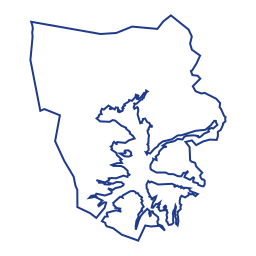 Alta nor, Finnmark, Norway (Mercator projection), rotated 180°
{"feature_id": "86288312B22085656530390", "entity_name": "Alta nor", "entity_type": "district", "adm_level": 2, "iso_a3": "NOR", "parent_name": "Norway", "parent_adm1": "Finnmark", "projection": "mercator", "projection_center": [23.025, 70.046], "detail": "fine", "context": "isolated", "style": "outline", "palette": "blue", "viewbox_px": 256, "rotation_deg": 180, "n_neighbors": 0, "source": "geoboundaries", "source_scale": "gbopen_adm2", "svg_char_len": 5691}
<svg xmlns="http://www.w3.org/2000/svg" viewBox="0 0 256 256"><g transform="rotate(180 128 128)"><path d="M35.2,126.2L32.8,131.7L33.0,132.6L30.6,134.6L30.8,137.5L30.4,138.8L31.9,140.1L35.0,147.1L36.4,148.7L35.9,152.9L39.7,157.2L51.3,163.1L54.7,162.5L60.3,164.7L63.2,169.7L55.7,177.4L58.4,180.3L63.6,180.9L65.1,185.0L63.8,185.6L59.5,192.5L55.9,200.4L64.1,206.3L65.9,212.3L64.2,219.5L67.4,226.4L85.1,240.6L92.7,234.6L98.6,227.1L123.9,229.4L139.8,223.0L155.5,222.0L224.8,234.2L223.6,230.4L223.2,227.2L223.8,223.7L223.4,219.3L225.6,196.0L215.7,145.2L211.6,146.9L196.1,140.7L200.9,114.8L191.7,95.0L182.4,79.4L180.5,70.2L178.7,66.1L178.6,48.9L166.0,42.9L159.7,38.1L151.4,48.1L149.8,53.4L151.8,53.7L157.1,49.8L157.8,50.9L153.6,55.5L159.9,58.6L159.3,59.0L159.6,59.4L166.7,58.1L164.7,60.2L160.5,60.8L159.7,62.3L151.1,60.5L144.9,62.6L144.3,63.3L144.3,64.8L148.1,67.6L143.0,66.2L140.7,67.9L135.3,69.1L132.6,70.7L132.3,71.9L134.7,73.8L139.7,73.9L143.1,72.3L146.8,72.9L145.6,71.9L146.6,71.4L151.4,71.7L151.8,72.1L151.1,72.6L151.7,73.4L157.0,73.3L157.2,73.9L156.9,74.6L159.6,75.9L151.2,73.6L147.2,75.5L147.4,77.6L146.9,77.8L146.5,77.0L144.9,78.0L140.0,77.7L132.4,80.4L128.5,79.1L127.8,81.3L125.8,80.9L128.3,82.8L128.4,85.3L132.0,88.6L134.9,90.0L142.6,90.1L144.4,91.0L139.0,92.8L134.1,93.0L135.9,95.9L134.4,96.6L139.1,101.0L140.0,103.4L144.6,106.4L143.9,107.7L145.2,109.5L143.8,110.2L142.8,113.2L141.9,114.2L139.6,111.9L139.2,112.1L139.6,113.2L138.7,113.9L130.6,113.1L127.1,115.7L121.4,117.5L123.1,120.2L126.2,122.5L126.0,123.9L130.0,127.4L130.0,128.3L134.8,130.4L140.8,135.4L143.4,135.9L146.3,134.2L155.8,134.6L159.4,137.6L157.2,139.3L157.3,140.3L156.5,141.5L154.4,141.9L155.3,144.2L154.1,147.2L152.2,146.4L147.5,150.4L143.6,147.8L146.0,147.2L145.8,146.8L143.1,147.6L141.2,146.6L140.2,148.6L138.1,148.3L137.9,146.8L136.6,145.6L138.1,145.6L138.0,144.4L136.5,143.8L133.4,145.3L133.1,146.5L133.7,147.7L132.7,147.9L133.2,148.5L133.0,149.5L131.1,150.4L131.8,151.6L127.1,154.5L126.9,155.9L124.0,155.2L120.7,158.9L120.1,161.3L117.6,160.4L118.1,159.1L118.4,159.8L119.1,159.0L119.2,157.1L117.9,156.8L115.0,159.0L113.6,158.7L114.4,159.6L112.1,162.9L110.0,163.6L109.8,165.4L108.4,164.5L109.9,163.4L112.3,158.5L113.3,158.5L113.1,157.7L113.8,156.5L114.9,156.5L119.3,152.4L120.7,151.9L122.2,153.1L121.3,151.4L122.3,148.9L121.6,147.2L118.8,148.9L118.1,148.2L117.7,146.0L118.4,141.5L115.7,132.7L114.4,133.1L114.9,133.6L113.8,134.6L113.0,136.2L113.1,137.0L111.0,137.5L108.7,133.8L106.6,133.0L106.0,131.3L104.1,130.1L104.3,129.2L106.4,129.5L107.5,127.3L107.3,126.5L108.5,125.6L108.1,123.1L107.0,120.6L107.5,117.3L107.5,114.5L107.8,114.0L107.6,112.5L108.6,111.7L107.5,110.2L107.7,108.5L107.2,107.4L107.6,105.7L108.9,104.4L108.4,103.3L110.2,103.7L109.1,101.7L108.4,103.2L105.9,102.5L101.6,107.3L98.2,109.7L97.3,111.5L93.3,114.5L83.9,116.8L78.3,120.6L74.4,120.8L60.4,125.2L50.6,126.2L45.5,130.4L41.7,135.2L40.2,135.1L40.0,133.6L38.6,131.1L42.9,127.5L44.5,128.1L47.5,126.4L47.6,125.3L47.1,124.4L52.0,122.3L55.3,119.3L57.1,118.6L58.0,119.2L57.6,119.5L57.8,120.0L62.5,120.7L69.5,120.2L71.8,119.1L73.5,116.5L78.3,117.1L81.5,114.9L89.4,113.0L93.3,110.4L89.3,109.2L92.3,108.8L95.1,106.4L96.8,104.4L97.3,101.8L100.4,99.3L99.5,97.3L99.4,95.9L102.8,97.2L102.7,95.9L105.5,91.3L105.6,87.8L104.8,86.3L99.6,83.5L90.5,83.5L87.1,81.9L82.4,81.8L78.1,79.8L74.7,79.7L72.5,83.2L70.3,83.1L68.6,84.6L68.2,84.0L70.3,81.9L71.6,78.9L65.9,76.2L62.8,78.7L62.0,78.2L62.9,74.9L62.6,73.9L58.0,72.7L57.7,71.1L53.9,69.8L52.4,69.7L51.4,71.3L51.3,75.2L52.5,76.6L53.8,76.4L55.3,78.4L55.9,80.5L53.8,83.4L59.7,89.4L60.9,93.2L64.8,94.5L65.9,95.9L66.4,108.9L70.5,114.1L64.1,115.6L59.9,110.9L52.5,114.7L46.3,116.4L39.3,116.1L38.1,119.8L38.2,124.1L35.2,126.2ZM91.1,25.4L93.9,30.1L98.1,31.7L98.7,34.7L97.5,36.6L98.0,39.0L103.0,43.1L103.0,44.3L103.4,44.7L105.2,44.5L105.3,40.4L106.0,40.0L106.9,42.8L106.3,45.0L108.8,47.2L115.0,40.5L117.4,35.3L120.2,26.3L120.3,29.6L119.6,35.0L117.5,39.1L117.8,41.3L115.0,45.0L114.2,44.8L113.8,45.8L114.4,46.5L114.2,47.5L112.3,49.2L114.7,53.5L113.6,54.6L113.5,55.3L114.8,56.8L114.0,58.7L116.5,60.3L118.1,62.8L119.9,62.7L120.5,64.0L122.6,65.0L125.8,64.7L132.8,60.8L133.6,60.2L133.8,59.4L133.4,58.4L135.8,59.3L142.8,53.1L142.4,52.1L142.5,51.0L140.2,48.9L140.6,48.2L136.0,47.4L137.3,45.7L135.6,45.4L135.6,44.5L139.8,45.7L148.9,43.3L149.3,42.5L148.3,39.5L151.1,39.4L154.1,34.8L150.8,33.2L150.1,30.7L149.2,29.7L142.9,27.8L134.2,21.3L117.8,15.4L110.7,30.5L105.0,29.5L96.4,30.2L91.1,25.4ZM58.2,62.0L65.8,64.9L67.0,67.4L66.4,67.7L71.1,68.3L72.1,67.5L73.2,68.5L74.7,68.1L74.5,69.5L74.8,69.7L77.2,69.1L78.6,70.4L81.3,69.3L81.6,69.6L81.0,70.9L84.0,72.2L97.8,71.5L104.8,74.4L106.1,73.5L107.7,75.0L109.5,71.5L109.3,67.5L108.2,66.3L108.4,64.8L105.9,60.0L106.5,59.4L104.5,58.4L104.4,56.7L103.5,56.4L102.4,58.3L99.9,59.7L100.8,56.6L103.0,53.4L104.4,48.5L103.1,48.2L99.9,52.0L98.3,51.9L96.1,53.6L96.6,52.4L96.1,51.9L98.5,49.0L96.9,48.7L97.4,47.1L95.9,45.0L92.6,45.7L91.9,47.2L91.7,45.9L90.9,45.7L90.7,47.9L92.2,49.0L90.7,50.4L90.0,49.9L89.9,48.6L90.4,47.9L90.4,46.8L89.2,46.1L88.9,44.0L88.4,43.5L89.3,41.8L89.4,40.4L88.8,38.4L89.7,36.1L89.6,34.7L88.4,33.9L88.3,32.7L87.2,31.0L84.3,31.6L82.4,33.3L82.9,35.5L82.8,41.1L83.2,42.2L82.5,45.2L81.0,47.3L80.5,50.2L80.0,49.0L81.2,42.8L80.6,40.8L80.7,39.3L79.8,36.9L79.9,32.1L78.4,30.6L77.6,34.5L78.0,39.8L78.6,41.5L78.1,43.8L78.5,44.1L75.3,46.9L75.6,49.3L74.7,51.1L76.3,52.3L76.3,55.1L75.7,58.3L74.5,60.2L70.9,58.6L67.3,60.9L67.3,62.8L65.0,61.6L63.5,62.1L60.5,59.9L58.2,62.0ZM131.5,99.7L127.2,99.4L124.6,100.5L125.2,101.1L124.8,102.0L125.0,103.6L127.4,105.6L130.9,105.5L131.2,105.1L130.9,105.0L131.0,103.7L130.4,103.3L130.8,102.6L136.1,102.5L131.5,99.7Z" fill="none" stroke="#1e3a8a" stroke-width="2"/></g></svg>